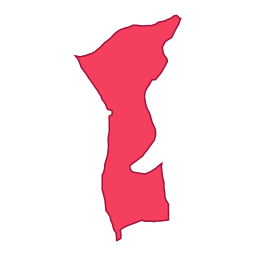 Esan West, Edo, Nigeria (Equal Earth projection)
{"feature_id": "59680162B89634889188856", "entity_name": "Esan West", "entity_type": "district", "adm_level": 2, "iso_a3": "NGA", "parent_name": "Nigeria", "parent_adm1": "Edo", "projection": "equal_earth", "projection_center": [6.144, 6.652], "detail": "fine", "context": "isolated", "style": "filled", "palette": "rose", "viewbox_px": 256, "rotation_deg": 0, "n_neighbors": 0, "source": "geoboundaries", "source_scale": "gbopen_adm2", "svg_char_len": 2214}
<svg xmlns="http://www.w3.org/2000/svg" viewBox="0 0 256 256"><path d="M143.9,26.0L139.9,25.7L136.2,25.2L132.6,25.3L129.4,26.9L125.0,28.1L120.2,29.8L117.4,31.5L114.7,33.7L113.1,35.4L111.1,37.6L107.9,40.4L104.7,42.6L99.9,47.6L95.1,51.6L92.3,53.2L89.8,54.0L88.5,54.5L86.0,55.4L84.9,55.8L81.7,56.4L80.1,56.9L75.3,55.9L77.9,58.9L80.7,65.5L81.1,67.1L81.9,68.2L84.7,72.0L86.7,74.7L88.7,78.0L91.1,81.3L93.1,84.0L94.8,86.7L95.0,87.0L96.8,89.4L98.8,92.7L101.2,96.5L102.0,99.3L103.1,100.7L105.2,103.6L107.5,109.3L112.0,110.6L112.2,114.4L109.1,116.3L109.2,117.8L109.2,120.6L109.3,123.9L109.3,131.0L108.8,133.9L108.5,135.4L108.1,139.3L108.5,146.4L108.1,150.3L107.3,156.3L106.1,160.2L104.9,164.0L104.6,168.4L103.4,172.9L102.2,175.1L102.2,178.4L102.2,181.1L102.2,186.1L102.2,189.4L103.8,195.4L105.0,200.3L105.8,208.6L106.0,210.7L107.3,212.2L109.9,216.2L110.7,220.0L111.9,222.7L112.7,224.9L113.1,227.1L113.9,229.9L115.9,232.6L116.3,235.3L116.6,240.3L116.8,240.6L120.7,238.5L121.0,234.7L120.3,229.8L122.7,228.1L127.1,225.8L141.9,220.2L144.7,221.2L147.5,221.2L151.1,221.1L154.3,221.7L156.9,220.8L158.1,221.1L158.8,221.0L161.3,220.9L168.5,219.9L168.5,217.1L168.5,216.8L168.5,216.4L168.6,215.3L168.5,214.2L168.4,210.6L168.5,204.3L167.0,201.7L165.1,198.4L164.7,192.9L164.3,190.2L163.9,187.5L163.9,182.5L162.2,175.4L162.0,172.6L161.8,170.5L161.7,169.5L161.4,167.7L161.8,163.3L155.8,168.3L150.6,171.7L145.0,174.0L141.0,173.4L137.8,173.0L133.1,172.1L132.8,171.9L131.8,171.4L130.2,169.2L129.8,165.9L132.2,163.7L135.4,161.5L139.0,158.7L142.6,155.9L145.4,152.0L147.8,149.2L149.7,146.4L151.3,144.2L154.5,139.8L155.7,134.3L155.3,129.3L154.8,128.2L152.1,122.2L151.2,119.1L150.5,116.2L148.9,111.8L147.3,109.1L146.0,105.3L145.2,101.5L144.4,96.5L144.8,94.0L145.2,91.6L146.8,88.2L148.8,85.5L150.9,81.7L152.0,79.8L155.4,79.7L158.4,76.0L160.8,73.2L162.8,69.9L164.1,67.6L164.9,66.3L165.6,64.9L167.4,61.5L167.0,59.1L163.5,54.0L162.7,50.1L162.4,47.1L162.3,46.9L165.5,41.3L171.8,37.3L174.7,31.3L175.7,29.3L176.7,27.4L178.7,24.1L179.1,22.5L180.7,18.6L179.5,18.1L176.7,15.4L173.9,15.9L171.1,18.2L167.9,19.3L164.7,21.0L158.3,22.2L156.3,23.9L153.1,25.0L151.9,25.6L149.5,25.6L145.9,25.6L143.9,26.0Z" fill="#f43f5e" stroke="#9f1239" stroke-width="1.5"/></svg>